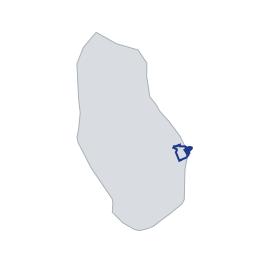 92, Al Wakrah, Qatar shown in context, rotated 338°
{"feature_id": "91078587B57954650204567", "entity_name": "92", "entity_type": "district", "adm_level": 2, "iso_a3": "QAT", "parent_name": "Qatar", "parent_adm1": "Al Wakrah", "projection": "mercator", "projection_center": [51.612, 25.031], "detail": "fine", "context": "in_parent", "style": "outline", "palette": "blue", "viewbox_px": 256, "rotation_deg": 338, "n_neighbors": 0, "source": "geoboundaries", "source_scale": "gbopen_adm2", "svg_char_len": 2032}
<svg xmlns="http://www.w3.org/2000/svg" viewBox="0 0 256 256"><g transform="rotate(338 128 128)"><path d="M135.0,223.2L124.7,225.8L115.0,228.6L106.9,228.5L100.4,227.4L96.1,224.7L87.8,214.1L81.9,200.3L85.6,192.6L86.8,187.8L78.9,151.3L76.3,123.2L77.2,117.5L81.7,110.8L89.3,96.2L93.3,82.0L104.7,49.3L116.7,36.7L134.3,27.4L148.8,45.5L166.5,59.4L169.8,74.8L164.6,87.4L159.9,107.3L162.7,116.5L163.8,124.4L168.6,137.8L173.2,155.0L174.0,167.0L171.5,178.2L165.4,187.5L153.3,215.5L149.7,218.5L135.0,223.2Z" fill="#d9dde1" stroke="#a8b0b8" stroke-width="1"/><path d="M163.3,177.6L165.3,177.6L165.3,177.3L171.3,177.3L171.7,176.7L172.1,176.4L172.7,176.1L173.2,176.1L173.3,176.1L173.5,176.1L173.6,175.6L173.8,175.5L174.0,175.0L175.3,174.5L175.3,174.1L175.7,173.5L175.8,172.7L176.5,172.2L178.7,171.2L179.5,170.9L179.7,170.6L179.7,170.4L176.6,171.8L175.8,172.1L175.5,172.3L174.8,172.7L174.4,172.9L174.2,173.0L174.2,173.6L173.5,173.6L173.7,173.3L173.4,173.3L173.4,174.2L172.9,174.1L172.9,172.8L172.1,169.4L173.1,169.2L173.3,170.0L173.7,171.8L174.1,171.8L174.2,172.1L174.7,171.9L175.2,171.6L176.2,171.1L179.2,169.5L178.7,169.0L178.1,168.7L177.3,168.5L176.4,168.4L175.4,168.4L175.3,168.6L176.1,170.9L175.9,170.6L175.8,170.4L175.6,170.3L175.6,170.2L175.3,169.9L175.3,169.7L175.2,169.7L175.1,169.4L175.0,169.2L174.9,169.1L174.9,169.4L175.0,169.4L175.0,169.5L175.2,169.9L175.3,170.0L175.5,170.2L175.6,170.5L175.8,170.8L175.8,171.0L175.7,171.1L175.6,171.3L175.4,171.2L175.3,170.9L175.3,171.0L175.2,171.1L175.1,170.5L174.8,171.1L174.8,171.3L174.7,171.3L174.7,171.1L174.9,170.7L174.8,170.3L174.8,170.2L174.7,170.3L174.6,171.0L174.4,171.1L174.4,169.0L174.3,168.5L174.2,168.0L174.2,167.5L174.3,167.3L174.4,167.2L174.4,166.9L174.6,167.8L174.7,168.1L174.7,168.5L174.8,168.5L174.7,168.2L174.7,167.8L174.6,167.3L174.6,167.1L174.5,166.9L174.4,166.6L169.0,164.3L169.8,162.9L168.4,162.8L168.2,162.8L166.6,162.8L166.6,163.2L165.7,163.2L164.0,162.1L162.6,163.3L165.2,165.9L165.2,166.7L163.3,168.4L163.3,177.6Z" fill="none" stroke="#1e3a8a" stroke-width="2"/></g></svg>